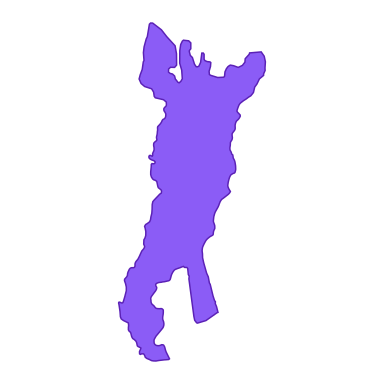 San José El Ídolo, Suchitepéquez, Guatemala (Robinson projection)
{"feature_id": "79465075B37305924039286", "entity_name": "San José El Ídolo", "entity_type": "district", "adm_level": 2, "iso_a3": "GTM", "parent_name": "Guatemala", "parent_adm1": "Suchitepéquez", "projection": "robinson", "projection_center": [-91.439, 14.373], "detail": "fine", "context": "isolated", "style": "filled", "palette": "violet", "viewbox_px": 384, "rotation_deg": 0, "n_neighbors": 0, "source": "geoboundaries", "source_scale": "gbopen_adm2", "svg_char_len": 6031}
<svg xmlns="http://www.w3.org/2000/svg" viewBox="0 0 384 384"><path d="M261.2,51.9L251.9,52.7L249.6,52.9L249.2,54.3L245.2,58.7L244.9,62.2L242.4,65.4L238.2,67.4L233.6,65.7L230.4,65.1L229.5,65.5L227.9,66.7L226.4,68.7L225.0,71.8L224.5,76.4L223.7,77.2L217.7,77.5L210.6,75.3L209.4,74.5L209.1,71.3L210.5,66.5L210.8,62.6L210.0,61.9L207.2,61.6L204.9,60.6L204.1,59.3L204.1,54.2L203.2,53.0L201.8,53.1L200.6,62.4L198.9,66.1L197.6,66.8L196.2,66.7L194.5,64.2L192.4,57.5L190.3,55.4L189.3,51.6L189.4,50.5L190.8,48.8L190.8,42.9L188.7,40.8L183.4,40.2L182.3,41.2L180.7,44.5L179.8,50.7L179.7,63.2L181.7,70.2L182.3,78.8L180.8,81.4L179.1,82.8L177.8,82.2L176.3,80.1L175.4,79.2L174.6,76.0L172.5,74.0L170.1,73.4L168.5,72.1L168.6,69.0L170.5,67.3L174.6,67.4L176.6,65.1L176.5,53.7L175.1,45.8L166.6,36.5L161.4,29.8L152.7,23.1L150.6,23.0L149.4,24.2L147.3,36.7L146.2,39.0L144.1,46.8L143.4,52.7L144.0,60.5L143.3,61.8L142.2,69.5L140.2,74.8L139.1,79.0L141.1,83.5L144.6,86.5L151.6,88.8L153.6,92.1L154.2,96.3L155.3,97.8L163.5,99.7L166.3,102.1L166.4,105.1L166.0,106.1L164.5,107.6L163.9,108.5L163.8,109.5L163.9,110.3L164.2,111.1L164.8,111.9L165.4,113.0L165.8,114.0L165.8,115.2L165.6,116.9L165.0,118.1L164.5,118.7L162.9,119.5L162.1,120.6L161.7,121.6L161.3,122.4L160.6,123.4L160.0,124.2L158.3,126.0L157.7,126.7L157.5,127.8L157.6,129.2L157.6,130.2L157.4,131.3L157.2,133.8L157.0,134.9L156.5,137.0L156.5,137.8L156.9,139.9L156.2,140.9L154.8,142.0L153.9,143.0L153.7,143.7L153.6,145.0L153.7,146.0L154.0,147.4L154.1,149.4L154.0,150.1L153.7,151.1L152.6,153.5L152.6,154.5L152.7,155.2L152.4,156.1L151.5,156.0L150.6,155.4L149.4,155.5L148.9,156.6L148.9,157.3L149.3,158.3L149.8,158.8L151.4,159.8L154.1,160.8L155.0,161.6L155.1,162.4L154.8,163.2L154.3,163.6L153.5,163.8L152.0,163.6L151.3,164.4L151.2,167.1L150.7,171.7L150.7,174.6L151.4,177.0L152.7,179.0L153.7,179.8L155.2,180.3L155.8,180.6L156.8,181.6L157.8,186.3L158.3,187.7L160.7,189.6L161.4,190.4L161.5,191.2L161.5,191.9L161.3,193.1L159.8,194.1L154.0,200.2L152.8,201.7L152.6,202.7L152.2,204.5L152.1,209.2L151.8,213.3L150.9,217.0L150.5,219.8L149.6,221.8L147.2,223.6L145.8,224.4L145.2,225.2L144.6,226.4L145.1,228.0L145.8,231.5L145.8,233.5L145.7,235.7L144.9,238.1L143.9,239.8L143.8,242.1L143.7,244.1L144.6,246.3L144.5,247.3L143.7,248.8L141.8,251.0L140.6,253.6L139.4,256.3L137.9,259.2L136.3,261.1L135.5,262.3L135.0,263.9L135.0,265.8L134.8,266.8L134.0,267.6L133.2,267.7L131.6,267.7L130.4,268.1L129.3,269.3L128.0,272.1L127.5,274.0L127.5,275.2L126.8,276.7L125.5,278.2L124.6,279.2L124.5,280.7L125.5,283.5L126.3,287.0L126.3,290.7L124.9,296.3L123.6,300.7L122.9,302.6L122.1,303.0L121.1,302.8L120.2,302.3L119.5,302.1L118.8,302.3L118.6,303.0L119.0,304.7L120.0,311.5L120.4,316.8L121.2,318.9L123.4,320.5L128.3,322.9L128.5,324.2L128.6,325.9L128.4,327.1L128.4,329.9L129.3,331.4L130.4,332.2L130.8,333.1L131.7,336.7L132.7,338.5L134.2,339.5L135.8,341.0L136.6,342.5L137.3,345.8L138.0,346.5L140.8,347.9L140.8,348.7L139.5,351.5L139.5,352.8L139.6,353.9L140.4,354.4L141.8,353.8L143.6,353.9L144.3,354.8L144.9,356.1L145.3,357.3L146.9,358.5L149.6,359.6L151.5,360.6L153.3,360.9L155.9,361.0L158.8,360.5L162.1,360.1L164.8,359.8L165.5,359.8L168.7,359.5L169.5,358.8L166.2,352.1L165.6,350.5L164.7,347.1L164.4,346.4L163.6,345.1L162.9,344.8L161.7,344.7L159.8,345.5L159.1,345.6L158.4,345.7L157.4,345.6L156.7,345.5L155.9,345.2L154.9,344.5L154.2,343.2L154.1,342.3L154.0,340.6L154.2,339.5L154.6,338.7L156.0,336.2L160.0,331.4L161.4,329.7L162.6,328.2L163.0,327.6L163.4,326.7L163.8,325.3L163.9,323.8L163.7,322.3L163.5,321.4L162.9,319.9L162.7,318.9L162.7,317.1L163.2,313.9L163.3,312.5L163.3,310.4L163.1,309.7L162.2,308.9L161.5,308.6L160.8,308.6L159.4,308.7L157.5,308.6L156.5,308.4L156.0,308.2L155.4,307.8L154.3,306.3L153.6,305.5L152.1,304.3L151.6,303.5L151.2,302.7L151.0,301.6L151.0,300.9L150.7,298.4L150.9,297.6L151.4,296.5L153.8,293.2L155.4,291.1L155.9,290.3L156.4,289.4L156.7,288.2L156.7,287.3L156.1,286.4L155.8,285.7L155.7,284.5L156.1,283.8L156.6,283.4L157.6,282.9L158.9,282.5L161.5,282.2L162.7,281.9L164.6,281.7L167.1,281.1L168.6,280.8L169.4,280.4L170.1,279.6L170.4,278.8L171.2,275.8L171.7,274.3L172.6,272.5L173.4,271.3L174.3,270.1L175.3,269.4L177.6,268.5L180.3,267.6L181.4,267.1L183.4,266.4L184.5,267.4L186.9,267.5L187.7,268.4L188.3,274.6L189.2,276.2L188.9,278.9L193.9,316.5L194.7,320.3L196.6,322.8L197.5,323.1L205.9,320.6L217.1,312.7L218.0,312.4L216.5,306.5L215.3,303.7L215.4,301.7L214.5,300.5L213.0,295.8L210.2,284.3L209.4,283.0L208.3,276.9L206.6,273.1L203.7,262.8L202.6,257.8L202.5,253.9L202.3,252.3L202.1,250.8L202.4,248.1L202.7,246.9L203.5,245.1L204.2,243.6L205.8,240.7L206.4,239.9L207.1,239.1L208.2,238.1L209.7,236.9L210.3,236.5L212.7,235.2L213.2,234.4L213.4,232.2L213.6,231.3L213.9,230.4L214.4,229.4L214.8,228.4L214.8,227.7L214.8,226.7L214.7,225.5L214.3,224.2L213.6,222.3L213.4,221.4L213.4,220.6L213.5,219.6L213.8,216.7L214.6,213.7L215.3,211.9L218.1,206.9L218.8,205.3L219.2,204.1L220.2,201.6L221.2,200.0L221.8,199.3L222.9,198.5L224.5,197.3L228.3,194.3L229.2,193.4L229.9,192.5L230.4,191.4L229.9,190.7L228.7,188.6L228.1,187.1L227.8,186.0L227.8,185.2L228.2,182.4L228.7,180.2L229.5,177.5L230.0,176.4L230.6,175.3L231.2,174.6L231.9,174.2L233.0,173.5L234.5,173.0L235.0,172.4L235.5,170.6L235.7,169.5L235.7,168.7L235.6,166.1L235.5,165.2L235.0,162.2L234.8,161.4L234.4,160.2L233.3,158.1L233.1,157.2L233.0,156.2L232.7,154.8L232.1,154.4L231.7,153.9L231.2,152.2L230.7,151.2L230.2,150.4L230.0,149.7L229.9,148.6L229.9,147.7L230.3,145.2L230.4,142.6L230.8,141.6L231.9,139.9L232.2,139.0L232.4,137.8L232.1,135.3L232.1,134.4L232.2,133.6L232.8,132.6L234.3,130.7L234.8,129.9L235.1,129.1L235.2,128.2L235.1,125.6L235.2,124.7L235.6,122.9L236.4,121.2L237.2,120.4L238.1,119.6L238.8,118.8L239.6,117.6L240.3,116.1L240.1,114.9L238.6,113.3L237.6,112.3L236.9,111.0L237.6,108.6L238.3,106.7L239.0,105.0L239.5,104.3L239.9,103.6L240.9,102.7L243.6,100.6L246.3,98.9L248.5,97.2L250.8,95.8L251.3,95.2L252.3,94.0L253.0,93.1L253.5,92.3L254.7,87.1L256.9,84.1L259.4,78.9L263.6,75.4L263.6,73.9L265.1,70.5L265.0,67.8L265.4,61.8L264.2,56.2L261.2,51.9Z" fill="#8b5cf6" stroke="#5b21b6" stroke-width="1.5"/></svg>